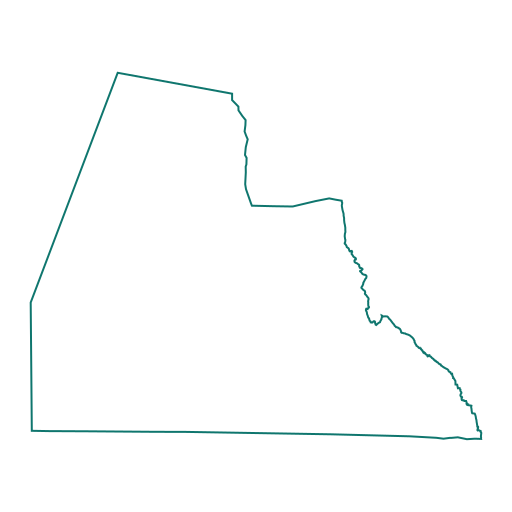 the district of Minas, Córdoba, Argentina
{"feature_id": "61730980B27944530838107", "entity_name": "Minas", "entity_type": "district", "adm_level": 2, "iso_a3": "ARG", "parent_name": "Argentina", "parent_adm1": "Córdoba", "projection": "albers", "projection_center": [-65.06, -30.967], "detail": "fine", "context": "isolated", "style": "outline", "palette": "teal", "viewbox_px": 512, "rotation_deg": 0, "n_neighbors": 0, "source": "geoboundaries", "source_scale": "gbopen_adm2", "svg_char_len": 6048}
<svg xmlns="http://www.w3.org/2000/svg" viewBox="0 0 512 512"><path d="M31.8,430.8L48.7,431.1L88.5,431.3L153.7,431.8L186.2,431.9L331.2,434.3L409.5,436.3L436.4,437.8L443.5,438.7L449.6,437.9L451.2,437.9L457.8,437.3L466.9,439.2L474.8,438.7L481.1,438.9L481.0,438.4L481.1,437.5L480.9,436.2L481.1,434.7L481.1,434.3L481.3,433.0L481.1,432.4L480.6,431.9L480.6,431.7L480.7,431.1L480.6,430.9L479.8,430.8L479.3,430.4L478.7,430.2L477.7,430.5L477.5,430.3L477.5,429.4L477.7,429.1L477.8,428.4L478.0,428.3L478.1,427.9L478.1,427.0L478.1,426.8L478.0,426.7L477.6,426.9L477.4,426.8L477.3,426.7L477.3,425.8L477.1,424.8L476.9,423.4L476.7,422.4L476.4,419.9L476.0,418.6L475.9,417.8L475.7,416.4L475.1,414.4L474.7,413.6L472.3,413.3L472.0,412.9L471.6,410.3L471.5,408.8L471.4,408.5L471.2,407.5L471.2,406.9L471.4,405.7L471.1,405.6L467.8,405.1L466.9,404.7L466.6,404.0L467.1,403.8L466.9,403.7L466.9,403.4L466.1,401.0L464.4,401.0L464.2,400.9L463.9,400.7L463.9,400.4L463.7,400.2L462.7,400.3L462.6,400.2L462.3,400.1L462.2,400.2L461.9,400.1L461.5,398.9L462.1,397.3L461.8,396.8L461.1,396.8L460.7,396.2L460.4,395.4L460.6,394.3L461.3,393.4L461.4,392.4L460.6,391.3L460.3,390.4L460.4,389.5L459.7,388.9L459.6,388.2L459.2,388.3L458.7,388.0L457.9,388.2L457.2,384.7L455.5,384.5L455.4,381.0L453.5,377.9L453.1,377.9L453.2,377.2L452.4,375.7L452.1,373.8L451.4,374.0L451.3,373.9L451.1,373.7L450.8,373.2L450.6,372.9L450.4,372.2L449.9,372.1L449.5,371.8L449.0,371.6L448.8,371.3L448.6,371.1L448.3,370.1L448.0,369.9L447.7,369.5L447.1,369.1L446.2,368.7L444.7,367.9L444.3,367.6L443.9,367.5L443.5,367.1L442.7,366.7L442.3,366.3L441.9,366.0L441.7,365.8L441.0,365.5L440.9,365.2L440.8,364.8L440.7,364.5L440.3,364.3L439.9,364.3L439.6,364.0L439.2,363.9L438.7,363.6L438.2,362.8L437.6,362.3L437.3,362.3L437.0,362.2L436.8,361.8L436.2,361.6L435.8,361.0L435.8,360.9L435.7,360.8L435.2,360.9L434.7,360.2L434.2,360.1L433.8,359.4L433.5,359.2L433.3,358.8L432.9,358.7L432.1,358.0L431.8,357.9L431.5,357.4L430.9,356.7L430.4,356.6L430.0,356.3L429.8,356.1L429.5,355.2L429.1,355.1L428.2,356.2L428.0,356.3L427.6,356.4L427.4,356.1L427.3,355.4L427.1,355.0L425.9,354.4L425.5,353.6L425.1,353.1L424.6,353.4L424.3,353.3L424.1,353.2L424.0,352.9L424.1,352.5L424.0,352.2L423.9,352.1L423.7,352.2L423.3,352.3L423.2,352.3L423.1,351.8L423.1,351.6L422.4,351.0L422.3,350.8L422.4,350.5L422.3,350.3L421.9,350.2L421.5,349.6L421.5,349.8L421.3,349.6L421.0,349.3L420.8,348.9L420.5,348.6L419.7,348.1L419.1,348.0L418.9,347.9L418.6,347.6L418.6,347.3L418.5,347.2L417.4,346.4L416.3,345.6L416.3,345.1L416.1,344.7L415.4,343.9L415.2,343.2L414.6,342.3L414.5,341.7L414.6,341.4L414.6,341.0L413.9,339.8L413.5,338.9L412.3,337.5L409.9,335.5L408.3,334.7L406.0,334.0L405.1,333.4L404.1,333.4L402.4,332.8L401.6,332.8L401.3,332.5L401.1,332.2L401.1,331.6L400.9,331.0L400.7,330.3L399.8,328.8L399.6,328.7L398.9,328.4L398.6,328.0L398.5,327.8L398.0,327.8L397.1,327.3L396.8,327.2L396.1,327.2L395.9,327.0L395.6,326.5L394.8,325.9L394.6,325.7L394.1,324.6L392.8,323.2L390.5,320.1L390.0,319.5L389.2,318.9L388.1,317.2L387.3,316.5L386.5,316.4L384.8,316.3L383.5,316.5L383.2,316.5L382.3,315.8L381.7,315.5L381.8,316.0L382.2,316.4L382.3,316.7L381.5,318.3L381.5,318.5L381.4,319.0L381.4,319.4L380.5,320.8L380.0,322.2L379.7,322.4L378.7,322.8L378.2,323.2L376.2,325.0L375.6,324.6L375.5,324.2L375.5,323.7L375.3,323.3L375.0,322.9L375.1,322.1L374.9,321.6L374.6,321.3L374.0,321.2L373.6,321.3L373.2,321.6L372.7,322.3L372.4,322.5L372.1,322.5L371.1,322.5L370.8,322.4L370.9,322.1L370.8,321.8L370.6,321.5L369.7,320.8L369.2,319.3L369.1,318.4L368.3,317.7L368.0,316.8L367.8,315.9L367.1,314.2L366.8,312.3L366.7,311.9L366.2,311.0L365.9,310.1L366.1,309.0L366.3,308.7L366.5,308.7L367.2,309.0L367.6,309.1L367.9,308.3L368.1,308.1L368.8,307.7L369.0,307.2L368.9,306.8L368.6,306.6L368.3,305.8L368.2,304.1L368.2,302.8L368.3,302.1L368.2,301.9L368.1,301.3L368.2,300.7L368.4,300.0L368.4,299.7L368.5,299.5L368.5,299.3L368.6,299.1L368.6,298.9L368.4,298.1L368.0,297.5L367.3,296.8L366.8,296.0L366.6,295.7L365.8,294.7L365.4,294.5L364.9,293.8L364.9,293.4L365.1,292.8L365.2,292.5L365.0,291.4L364.7,290.9L364.6,290.7L364.1,290.5L363.2,289.8L362.5,289.0L361.7,288.2L361.4,287.8L361.4,287.5L361.6,287.0L362.5,285.8L362.5,285.5L363.1,284.5L363.1,284.3L363.1,284.0L363.3,283.4L363.3,282.9L363.5,282.7L363.5,282.4L363.8,281.9L364.0,281.5L364.7,280.3L365.0,279.5L365.2,279.1L365.9,278.4L366.2,278.0L366.5,276.7L366.5,276.2L366.3,275.7L365.6,275.0L365.4,275.0L365.0,274.8L364.2,274.8L363.8,274.5L363.0,274.3L362.4,273.9L361.4,272.5L360.9,272.0L360.7,271.9L360.4,271.5L360.1,271.3L360.1,271.0L360.3,270.8L360.9,270.8L361.6,270.1L361.8,270.1L362.1,269.6L362.5,269.3L362.5,269.0L362.0,268.5L361.3,268.1L360.4,268.0L359.8,267.8L359.7,267.5L359.6,266.9L359.2,266.4L359.2,265.9L359.2,265.1L359.0,264.7L357.8,264.0L357.2,263.4L356.5,263.1L356.0,263.0L354.9,262.3L354.7,262.1L354.7,261.8L354.5,261.4L354.4,261.0L354.5,260.4L354.9,260.0L355.0,259.7L355.3,259.7L355.8,259.5L355.9,259.3L355.9,258.6L355.6,258.1L355.3,257.8L354.0,257.1L353.5,256.7L353.3,256.3L352.9,255.8L352.7,255.3L352.0,254.5L352.0,254.4L351.8,253.9L351.6,253.8L351.7,253.3L351.7,252.6L352.1,252.1L352.0,251.9L352.1,251.6L352.0,251.3L351.7,250.9L351.0,251.0L350.7,251.3L350.4,251.4L349.9,251.4L349.7,251.3L349.6,250.8L349.2,250.3L348.9,249.0L348.4,248.2L346.8,247.1L346.7,246.7L346.5,246.0L346.3,245.5L345.8,244.9L345.7,244.5L345.3,244.1L344.8,243.8L344.7,243.6L344.7,243.2L344.8,242.8L345.1,242.3L345.2,241.9L345.4,239.9L345.1,239.1L344.7,236.2L344.9,233.8L345.4,232.0L345.3,229.7L345.3,227.7L344.9,225.0L344.4,222.8L344.1,220.1L344.1,218.1L343.6,215.6L343.6,214.0L343.3,212.7L342.9,211.4L342.5,209.9L341.9,206.4L341.8,205.2L342.1,203.9L342.2,202.8L342.1,202.4L341.9,202.2L341.7,200.7L335.7,199.7L329.2,198.4L315.5,201.1L292.7,206.5L273.3,206.2L251.9,205.7L251.0,203.4L246.0,189.2L245.2,184.2L245.8,172.4L245.7,166.6L246.4,164.4L246.6,157.9L245.0,155.0L245.8,147.1L247.7,139.3L246.1,135.6L244.6,131.5L245.4,125.2L245.6,120.1L242.4,116.1L238.5,110.4L238.4,106.6L232.1,100.1L232.1,93.7L117.7,72.8L30.7,302.5L31.8,430.8Z" fill="none" stroke="#0f766e" stroke-width="2"/></svg>